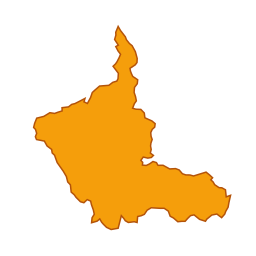 Salto do Itararé, Paraná, Brazil (orthographic projection), rotated 83°
{"feature_id": "56859067B10187530268623", "entity_name": "Salto do Itararé", "entity_type": "district", "adm_level": 2, "iso_a3": "BRA", "parent_name": "Brazil", "parent_adm1": "Paraná", "projection": "orthographic", "projection_center": [-49.691, -23.621], "detail": "fine", "context": "isolated", "style": "filled", "palette": "amber", "viewbox_px": 256, "rotation_deg": 83, "n_neighbors": 0, "source": "geoboundaries", "source_scale": "gbopen_adm2", "svg_char_len": 2160}
<svg xmlns="http://www.w3.org/2000/svg" viewBox="0 0 256 256"><g transform="rotate(83 128 128)"><path d="M207.3,34.4L208.3,38.9L201.2,38.8L198.8,42.1L198.3,44.9L194.8,48.9L191.9,50.1L189.5,52.1L187.7,50.1L184.6,52.7L181.3,55.9L183.6,68.8L182.2,72.2L181.6,76.4L180.0,79.6L175.9,82.3L174.1,85.7L173.7,91.6L169.3,97.7L168.7,102.8L165.8,104.0L164.3,107.3L166.3,111.1L167.4,114.4L166.6,118.2L163.9,117.6L161.7,119.2L158.7,116.4L160.3,112.0L160.1,108.4L158.3,106.1L155.6,108.9L152.2,107.6L148.6,107.8L145.8,107.1L142.3,105.4L139.1,106.1L135.4,106.0L132.3,104.1L130.4,101.4L127.0,100.5L123.9,103.4L121.5,107.4L119.9,110.0L115.1,110.0L111.1,113.0L110.3,117.9L108.9,121.0L104.6,118.7L102.1,116.4L97.8,116.7L93.4,117.6L88.5,116.6L85.2,113.4L81.3,112.5L77.4,117.0L74.7,117.9L71.9,118.6L69.0,118.8L66.2,113.1L64.1,111.1L60.1,110.4L53.1,111.4L46.8,113.9L44.3,116.3L40.2,118.8L37.2,119.5L30.3,123.6L26.0,125.4L31.5,128.5L34.3,128.7L38.5,130.5L44.6,127.5L45.7,130.2L50.3,128.5L53.9,126.4L57.2,128.3L61.0,130.9L62.9,132.6L64.9,135.3L72.5,130.9L77.9,131.9L80.1,133.4L80.8,137.5L83.3,141.8L82.9,151.1L86.6,156.6L88.4,159.1L93.3,161.5L98.7,165.3L96.7,168.5L93.4,167.1L95.9,173.8L97.3,177.7L97.7,181.0L99.8,184.5L99.8,191.0L103.0,191.3L103.8,195.7L104.6,199.0L103.3,203.7L106.2,210.1L107.1,217.4L112.0,220.1L116.0,221.6L118.1,220.0L122.2,219.3L125.4,221.0L128.3,220.2L130.8,212.6L136.0,210.5L140.0,206.4L143.5,206.3L146.1,204.2L148.9,203.6L153.7,202.5L163.0,197.5L168.6,195.1L174.2,194.4L177.4,192.1L184.7,192.2L187.7,189.5L190.5,188.0L192.8,186.2L195.4,184.2L196.8,180.9L194.1,177.2L196.0,174.0L199.7,173.6L205.1,172.4L209.5,172.0L212.7,174.6L217.6,175.7L216.7,170.0L214.8,167.1L218.2,165.7L220.6,164.1L224.0,161.4L226.7,157.1L226.3,150.0L214.2,145.3L217.3,143.2L219.7,142.0L221.8,139.2L221.8,133.2L222.9,130.5L217.0,129.2L216.7,125.7L215.7,122.3L211.9,119.0L210.0,114.7L211.6,106.0L212.1,101.9L215.4,98.1L220.7,96.9L222.8,93.9L227.1,90.0L227.2,85.8L227.6,82.7L225.1,79.9L222.6,76.6L222.3,73.0L227.4,68.1L230.0,62.5L228.0,60.8L224.6,55.4L224.2,50.3L228.4,46.0L225.3,42.5L222.7,41.2L218.8,38.3L214.2,36.9L207.3,34.4Z" fill="#f59e0b" stroke="#b45309" stroke-width="1.5"/></g></svg>